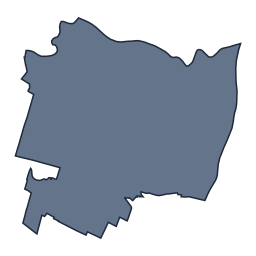 outline of Vadeni, Braila, Romania
{"feature_id": "2599482B78618154614063", "entity_name": "Vadeni", "entity_type": "district", "adm_level": 2, "iso_a3": "ROU", "parent_name": "Romania", "parent_adm1": "Braila", "projection": "orthographic", "projection_center": [27.924, 45.353], "detail": "fine", "context": "isolated", "style": "filled", "palette": "slate", "viewbox_px": 256, "rotation_deg": 0, "n_neighbors": 0, "source": "geoboundaries", "source_scale": "gbopen_adm2", "svg_char_len": 4869}
<svg xmlns="http://www.w3.org/2000/svg" viewBox="0 0 256 256"><path d="M100.8,238.1L104.6,230.2L108.3,222.3L116.2,226.4L119.7,217.2L127.1,220.9L128.3,218.0L131.5,208.5L131.4,207.3L131.1,206.5L129.8,204.7L124.8,198.0L125.2,197.6L128.2,198.1L129.0,198.1L129.3,197.8L130.0,198.3L132.6,200.6L132.8,200.5L135.8,197.1L137.0,197.1L137.0,196.0L139.7,196.3L139.6,196.8L140.5,196.6L142.4,196.7L143.1,196.8L141.7,195.1L141.1,194.1L141.0,193.4L141.0,191.8L146.2,193.3L149.4,193.1L154.7,194.8L157.3,195.4L159.1,195.6L163.4,194.8L167.2,193.9L169.1,193.9L177.2,192.8L177.9,194.5L181.4,194.9L181.2,196.8L185.8,197.0L186.4,197.0L188.6,196.7L193.2,197.7L199.4,199.2L204.9,200.5L206.5,197.0L206.7,196.4L207.0,195.8L207.5,194.5L208.3,193.0L209.4,190.7L210.4,189.0L211.1,187.7L212.3,185.7L214.5,182.0L215.5,180.4L216.4,178.3L217.3,175.1L217.5,172.3L217.7,170.0L218.3,163.8L219.2,160.5L219.4,159.2L219.7,158.0L219.9,157.5L221.4,153.8L221.7,153.1L223.8,147.6L226.1,142.6L227.3,139.8L232.0,128.1L232.3,126.5L232.6,125.0L233.3,121.4L233.5,119.6L233.7,118.2L233.9,116.7L234.0,116.1L234.7,112.5L235.1,111.2L235.6,109.8L236.3,106.2L236.5,104.2L236.7,102.3L236.7,102.2L236.7,101.5L236.8,98.9L236.8,98.2L236.8,97.2L237.0,92.5L237.0,90.7L236.2,83.3L236.0,80.9L235.9,75.4L235.9,74.0L235.8,72.5L235.8,68.8L235.8,67.2L236.1,64.4L236.1,62.5L236.3,61.2L236.8,58.2L237.3,56.1L237.5,54.9L237.8,53.7L238.1,52.5L238.6,49.8L239.0,48.7L239.6,46.8L239.6,46.6L239.9,45.7L240.2,45.0L240.3,44.5L240.6,43.5L240.1,43.6L239.4,43.9L237.9,44.3L237.5,44.4L237.1,44.5L233.3,45.6L232.3,45.9L228.8,47.0L227.6,47.2L224.8,47.9L222.6,48.3L220.7,49.4L219.6,50.2L216.7,53.4L213.6,56.1L212.3,56.9L210.4,57.1L208.6,56.8L207.3,55.6L203.9,52.2L202.1,50.5L201.8,50.3L201.0,50.0L200.3,49.7L199.7,49.6L199.3,49.6L198.6,49.7L198.0,49.8L197.3,50.2L196.4,51.6L194.1,57.9L193.4,59.7L192.7,61.8L191.1,63.6L189.2,65.3L187.5,66.1L186.2,65.9L184.5,63.8L182.5,61.1L179.4,58.1L177.6,57.3L176.1,57.1L173.0,57.5L171.6,57.0L170.0,55.9L168.0,53.9L165.3,51.6L164.9,51.4L163.6,50.7L162.8,50.2L162.4,50.0L161.6,49.5L161.3,49.4L161.0,49.2L160.3,48.8L159.6,48.4L159.1,48.1L158.3,47.7L157.7,47.4L157.2,47.1L156.7,46.8L156.2,46.6L155.9,46.4L155.7,46.3L155.5,46.2L155.4,46.1L155.2,46.1L154.6,45.8L154.1,45.6L153.6,45.4L152.9,45.1L152.3,44.9L151.8,44.7L151.4,44.6L151.0,44.5L150.4,44.3L150.0,44.1L149.5,43.9L149.1,43.8L148.6,43.7L148.4,43.6L147.8,43.4L147.3,43.1L146.8,42.9L146.3,42.7L145.7,42.5L145.1,42.3L144.6,42.1L144.1,42.0L143.5,41.8L143.1,41.7L142.6,41.6L142.1,41.4L141.5,41.3L141.0,41.2L140.5,41.1L140.1,41.0L139.8,41.0L139.1,40.8L138.6,40.7L138.3,40.7L138.0,40.7L137.3,40.7L136.9,40.7L136.5,40.7L136.1,40.7L135.8,40.7L134.9,40.8L134.1,40.9L133.8,40.9L133.0,41.0L132.3,41.1L129.5,41.2L128.1,41.3L127.7,41.3L121.2,42.0L120.8,42.0L116.4,41.5L110.3,39.2L105.2,35.7L95.9,27.2L91.7,24.1L88.0,22.0L85.1,20.7L78.6,17.9L74.6,22.5L72.4,23.7L68.7,23.4L63.3,21.5L61.3,21.5L60.6,22.8L60.2,23.5L60.2,23.8L59.6,26.5L59.9,29.7L60.0,31.0L59.7,33.2L58.3,35.8L57.4,37.0L55.4,37.5L53.3,38.6L52.0,40.4L51.6,41.1L51.9,43.0L52.7,44.7L54.5,44.8L56.0,45.9L56.9,47.5L57.4,49.9L56.9,52.1L55.2,53.9L51.7,55.6L50.2,55.8L46.6,56.3L41.2,56.3L37.7,54.7L33.4,51.8L30.6,50.9L29.5,50.7L28.5,50.5L26.9,50.5L26.1,50.5L25.7,52.9L25.2,55.2L25.2,57.0L24.2,57.1L24.6,59.3L24.7,59.9L25.0,61.4L25.0,61.5L25.4,63.8L25.9,66.0L26.0,66.1L27.1,71.6L27.1,71.8L25.5,73.9L24.6,75.1L22.5,77.6L22.0,78.3L21.5,79.0L29.5,84.1L29.5,84.4L29.4,84.6L29.4,84.9L29.6,85.5L29.7,85.9L29.5,86.9L29.6,87.8L29.6,88.1L29.5,88.3L29.3,88.5L29.2,88.7L29.0,88.8L29.0,89.0L28.9,89.6L28.8,89.8L28.6,90.1L28.4,90.4L28.2,90.4L28.3,91.4L30.9,92.9L32.5,93.7L33.7,94.5L32.8,97.5L30.6,105.3L29.8,107.9L27.4,116.4L25.6,121.7L24.4,125.1L24.1,126.2L23.8,127.1L22.2,132.8L20.9,137.3L18.5,145.6L18.1,146.8L16.3,152.9L15.4,155.9L19.6,157.0L32.6,160.1L33.2,160.3L60.0,167.7L57.5,176.1L56.9,177.8L56.1,179.3L55.2,179.1L54.7,178.9L54.4,178.7L54.1,178.6L53.8,178.4L53.2,178.2L52.5,177.9L51.6,178.0L51.3,179.3L50.9,179.2L50.8,177.8L50.4,177.7L48.8,177.7L47.7,179.0L46.9,179.2L46.1,179.8L45.6,179.8L44.6,178.9L44.0,179.0L42.4,179.5L41.1,180.1L40.1,180.4L38.7,180.3L37.5,180.3L36.6,180.0L35.1,179.3L34.6,179.1L33.6,178.2L33.1,177.7L32.4,176.4L31.9,174.8L32.0,173.8L31.6,172.5L31.7,171.9L31.8,171.7L31.8,171.1L31.6,170.8L31.5,170.3L31.3,169.9L31.3,169.6L31.1,169.1L30.8,168.5L30.6,168.3L29.3,171.3L29.1,171.9L27.8,175.9L27.3,177.7L27.1,178.3L27.0,178.6L26.8,179.4L26.8,179.6L27.0,179.7L27.4,180.0L24.8,189.1L28.3,190.7L28.8,191.2L31.2,192.9L30.6,195.1L27.4,206.6L27.0,208.1L26.4,209.6L26.5,209.6L25.4,213.4L25.4,213.9L22.9,223.1L29.5,228.2L33.2,231.1L36.9,233.9L37.4,232.1L38.3,228.5L39.3,224.8L39.7,223.3L41.8,215.3L44.6,216.4L47.0,213.3L54.1,217.3L53.6,218.6L58.4,220.9L58.2,221.3L73.5,229.1L75.4,230.1L76.4,230.6L86.0,235.1L86.5,234.0L87.3,231.8L97.0,236.3L99.9,237.7L100.8,238.1Z" fill="#64748b" stroke="#1e293b" stroke-width="1.5"/></svg>